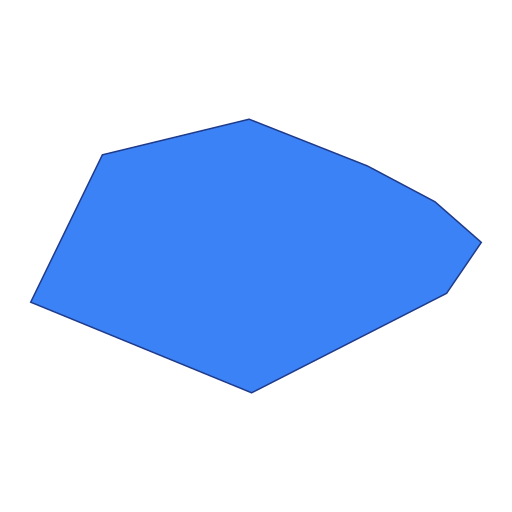 map outline of Singapore (Natural Earth projection)
{"feature_id": "SGP", "entity_name": "Singapore", "entity_type": "country or territory", "adm_level": 0, "iso_a3": "SGP", "parent_name": "Asia", "parent_adm1": "", "projection": "natural_earth1", "projection_center": [103.867, 1.356], "detail": "fine", "context": "isolated", "style": "filled", "palette": "blue", "viewbox_px": 512, "rotation_deg": 0, "n_neighbors": 0, "source": "natural_earth", "source_scale": "50m", "svg_char_len": 239}
<svg xmlns="http://www.w3.org/2000/svg" viewBox="0 0 512 512"><path d="M446.6,293.3L251.6,392.8L30.7,302.2L102.4,154.8L249.1,119.2L367.5,166.0L435.0,201.8L481.3,242.4L446.6,293.3Z" fill="#3b82f6" stroke="#1e3a8a" stroke-width="1.5"/></svg>